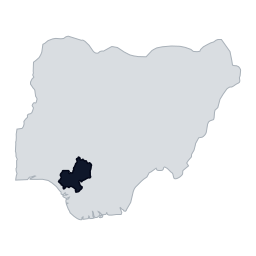 Nigeria, with Edo highlighted
{"feature_id": "NGA-2861", "entity_name": "Edo", "entity_type": "State", "adm_level": 1, "iso_a3": "NGA", "parent_name": "Nigeria", "parent_adm1": "", "projection": "mercator", "projection_center": [5.875, 6.657], "detail": "fine", "context": "in_parent", "style": "filled", "palette": "ink", "viewbox_px": 256, "rotation_deg": 0, "n_neighbors": 0, "source": "natural_earth", "source_scale": "10m", "svg_char_len": 5671}
<svg xmlns="http://www.w3.org/2000/svg" viewBox="0 0 256 256"><path d="M221.4,39.5L230.0,51.6L231.8,60.6L232.5,65.1L234.0,65.6L236.6,65.8L238.6,66.7L239.8,68.2L240.5,69.6L240.6,70.4L240.1,75.8L239.4,77.7L239.8,80.4L239.7,81.5L239.4,82.3L238.2,83.2L236.5,84.0L232.6,86.6L231.5,87.0L229.9,87.0L228.5,87.7L226.8,89.0L223.1,94.2L220.0,99.3L217.8,107.6L215.0,110.2L214.5,112.5L214.1,117.7L213.7,119.3L213.3,119.7L210.3,120.7L208.6,121.9L207.6,124.2L206.3,132.2L205.8,133.5L204.9,134.9L203.4,136.4L202.1,137.2L198.7,137.8L195.5,143.7L195.4,144.8L194.0,150.2L191.6,154.3L191.4,156.9L188.3,160.5L186.7,163.0L188.3,165.5L188.5,165.9L183.2,170.3L182.8,170.9L182.6,173.9L182.2,174.7L181.2,175.8L179.8,177.0L178.3,177.9L176.7,178.6L175.1,178.8L174.2,178.5L173.7,177.5L172.8,173.9L172.4,173.1L171.3,172.4L167.3,168.4L164.8,167.0L164.3,167.1L163.8,167.4L163.1,169.5L162.4,170.2L161.1,170.5L158.9,170.5L157.2,170.2L156.8,169.8L156.1,168.2L151.0,171.9L149.2,172.7L146.9,177.0L143.7,179.2L141.5,181.1L135.6,187.0L134.4,188.7L133.3,191.3L130.7,202.4L126.7,209.3L126.1,210.7L125.9,210.7L125.3,211.3L123.8,210.9L123.0,209.6L122.1,209.4L120.4,207.5L120.0,207.8L121.8,212.6L121.1,214.5L116.2,214.5L111.9,215.1L108.9,215.1L107.4,214.4L106.8,212.6L106.5,212.8L106.4,213.8L105.4,214.5L102.1,214.7L100.6,213.4L99.5,212.1L98.2,211.5L98.4,212.0L99.8,213.4L99.7,215.3L97.0,217.5L95.3,217.6L94.3,216.7L93.7,215.1L93.4,212.8L92.7,211.3L92.4,211.3L92.8,213.8L92.8,216.1L94.1,218.0L92.2,218.5L89.8,218.6L89.5,217.9L89.2,216.4L88.8,216.0L88.3,218.6L83.5,219.3L82.9,219.2L82.7,218.7L83.1,218.0L83.0,216.8L81.9,217.7L81.8,219.5L81.2,219.8L79.3,219.5L77.3,218.6L74.1,216.4L70.1,212.8L69.5,211.1L68.3,209.1L66.2,203.7L66.6,203.4L67.5,203.7L68.0,203.2L66.3,202.8L66.0,202.4L65.9,201.2L66.0,199.7L68.5,198.9L69.0,198.0L69.4,197.1L66.3,198.5L63.4,196.9L62.8,196.0L63.1,195.3L66.4,195.2L67.6,194.5L66.9,194.3L65.6,194.3L65.2,193.8L65.2,192.7L64.8,192.9L64.2,193.9L62.3,194.7L61.1,193.9L61.0,192.3L60.8,191.6L59.8,191.0L56.4,186.6L52.1,183.0L48.3,180.5L42.5,179.3L30.5,179.4L29.8,179.0L30.5,178.5L31.6,178.1L35.5,176.1L34.8,175.8L30.8,177.1L29.4,177.2L27.6,179.6L15.7,180.1L15.8,179.0L16.3,175.8L17.0,173.6L16.2,171.0L16.0,168.5L16.5,167.8L16.7,166.9L16.6,160.6L17.2,159.7L17.2,159.1L16.0,156.4L16.0,154.4L15.8,152.4L15.4,151.5L15.8,143.9L15.7,142.0L16.1,140.7L16.3,137.4L16.2,134.2L17.0,129.1L22.1,128.4L23.4,126.5L24.1,123.9L23.9,121.4L25.5,119.2L27.5,117.3L27.4,115.2L28.0,114.5L28.9,114.0L30.3,113.8L31.8,112.7L32.6,110.8L33.5,107.9L32.2,105.8L32.2,105.3L32.7,104.2L33.5,103.1L34.1,102.7L35.6,103.0L36.1,102.6L37.0,99.3L36.9,98.4L35.6,96.2L34.8,90.2L34.4,89.4L33.3,88.3L30.5,84.1L30.5,82.1L31.7,79.6L32.5,78.3L33.6,77.7L33.8,77.1L33.5,76.3L33.0,75.8L32.8,74.7L33.4,73.1L33.2,71.3L33.5,62.2L35.8,60.5L39.2,57.5L40.9,54.4L41.8,52.1L42.9,44.3L44.7,43.4L48.1,40.6L52.7,38.9L55.7,38.4L60.9,38.8L63.6,38.5L65.8,36.9L66.9,36.5L68.3,36.2L81.4,40.3L82.5,40.1L83.5,40.4L85.2,41.5L89.0,45.2L93.1,51.1L94.3,52.3L95.6,53.0L96.8,53.2L97.8,53.2L98.7,52.6L100.0,51.5L101.9,51.0L103.5,51.1L111.6,46.6L112.4,46.6L117.4,47.5L124.2,52.0L129.8,54.9L133.7,55.9L138.3,56.6L146.1,56.8L152.0,50.5L154.2,49.2L156.8,47.9L162.3,46.8L171.4,46.0L180.0,46.3L185.3,47.4L190.9,49.4L193.3,51.4L197.1,51.7L199.8,51.3L200.7,49.4L203.4,46.8L207.5,44.5L210.9,42.8L213.6,42.0L216.1,40.2L218.0,39.5L221.4,39.5ZM102.4,217.1L100.6,217.7L99.4,217.5L101.0,215.0L101.9,215.6L102.9,215.8L102.4,217.1Z" fill="#d9dde1" stroke="#a8b0b8" stroke-width="1"/><path d="M90.6,177.0L90.1,177.7L89.5,177.9L88.9,177.8L88.2,177.8L87.0,178.3L84.7,179.7L83.0,180.4L82.5,180.7L81.7,181.7L81.1,181.7L80.8,181.1L80.3,180.6L79.6,180.5L79.2,180.9L78.9,181.5L78.9,182.1L79.5,183.2L79.5,183.8L79.8,184.6L80.3,185.5L81.5,186.6L81.8,186.7L82.1,186.9L82.1,187.6L81.9,188.3L81.1,189.2L80.0,190.0L79.3,191.0L78.3,191.7L76.4,192.1L76.1,192.1L75.8,192.0L75.8,191.6L75.8,191.4L75.7,191.2L75.4,190.8L75.8,190.1L75.9,189.4L75.4,189.1L74.8,188.7L73.7,187.6L71.5,186.4L70.4,186.4L69.3,187.1L69.2,187.3L69.0,187.5L68.8,187.4L68.5,187.3L67.8,186.8L67.1,186.7L66.5,186.8L65.3,186.8L65.1,187.2L65.2,187.9L64.1,188.8L63.8,188.9L63.4,188.6L63.2,187.7L63.4,186.4L62.5,185.4L61.2,184.7L61.2,184.1L60.8,183.6L60.6,183.4L60.4,183.3L60.2,183.3L60.0,183.0L59.6,182.5L59.1,182.2L58.7,181.9L58.6,181.7L58.8,181.5L58.9,181.2L59.0,180.7L59.2,180.3L59.7,180.1L60.1,179.9L60.4,179.4L60.5,178.9L60.9,178.4L61.3,177.4L61.0,176.4L60.6,175.9L60.4,175.6L60.4,175.0L60.4,174.8L60.5,174.2L60.7,173.8L61.3,173.0L62.0,172.4L62.2,171.9L62.5,171.5L62.5,171.0L62.8,170.7L63.1,170.6L68.4,170.6L69.2,171.3L68.9,171.7L68.7,172.3L69.2,173.5L69.6,173.5L70.6,172.7L71.1,172.8L71.4,173.0L72.0,173.1L72.3,173.0L72.5,172.9L72.7,172.4L72.8,172.2L73.1,170.9L73.2,170.5L73.7,170.4L73.7,170.1L73.7,169.9L73.8,169.9L73.9,169.7L73.6,168.9L73.6,168.3L73.8,167.6L74.4,167.0L74.6,166.7L74.7,166.3L75.6,164.3L75.5,164.1L75.6,163.8L76.0,163.4L76.4,162.9L76.7,162.7L77.0,162.5L77.2,161.8L77.1,161.4L77.0,161.2L76.9,160.6L77.1,160.2L77.0,159.8L76.5,159.5L76.6,158.8L76.9,158.6L77.4,158.5L77.6,158.3L78.1,157.8L78.4,157.2L78.7,157.4L79.1,157.3L79.4,157.5L79.4,157.9L80.0,158.1L80.1,158.6L79.9,159.4L80.4,160.0L81.2,160.0L82.1,159.7L82.5,159.4L82.9,159.3L83.1,159.7L83.3,159.9L84.0,160.3L84.5,161.0L84.9,161.0L85.7,160.8L86.0,160.8L86.5,161.3L86.9,162.3L87.2,162.7L87.3,163.0L87.5,163.4L88.5,163.2L89.2,162.9L89.7,162.8L90.0,163.1L90.2,163.3L90.3,163.7L90.5,163.8L91.0,164.0L91.4,164.8L91.4,165.0L91.5,165.3L91.4,165.7L91.1,166.4L91.1,167.4L90.9,167.8L90.9,168.0L90.9,168.8L90.8,169.0L90.4,170.1L90.2,170.8L90.1,171.1L90.2,172.1L90.2,174.6L90.2,175.4L90.6,176.4L90.6,176.7L90.6,177.0Z" fill="#0f172a" stroke="#020617" stroke-width="1.5"/></svg>